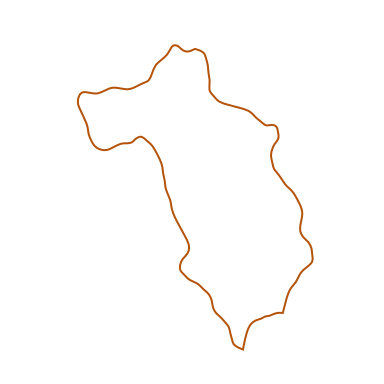 Maimón, Monseñor Nouel, Dominican Republic, rotated 15°
{"feature_id": "3306468B25789433891427", "entity_name": "Maimón", "entity_type": "district", "adm_level": 2, "iso_a3": "DOM", "parent_name": "Dominican Republic", "parent_adm1": "Monseñor Nouel", "projection": "robinson", "projection_center": [-70.282, 18.886], "detail": "fine", "context": "isolated", "style": "outline", "palette": "amber", "viewbox_px": 384, "rotation_deg": 15, "n_neighbors": 0, "source": "geoboundaries", "source_scale": "gbopen_adm2", "svg_char_len": 2893}
<svg xmlns="http://www.w3.org/2000/svg" viewBox="0 0 384 384"><g transform="rotate(15 192 192)"><path d="M72.6,153.5L74.3,156.3L77.1,162.6L79.4,166.1L82.2,169.3L84.2,171.3L86.4,172.9L89.0,174.1L91.8,174.6L94.6,174.6L96.0,174.4L98.7,173.5L99.9,172.9L102.1,171.2L107.2,166.6L110.4,164.1L112.8,162.9L117.7,161.4L119.9,160.4L120.8,159.7L121.6,158.9L123.4,155.9L124.8,154.1L126.5,152.6L127.5,152.1L128.7,151.8L129.8,151.9L131.9,152.5L139.9,156.5L142.3,158.2L145.6,161.3L149.8,165.8L152.8,169.3L155.4,172.9L156.9,175.5L159.1,181.0L162.8,188.4L164.4,192.5L165.6,195.1L167.1,197.5L172.2,204.3L173.7,206.6L176.7,213.2L179.1,217.1L181.9,220.7L185.0,224.2L198.9,238.9L200.8,241.3L202.5,243.7L203.6,246.5L204.0,249.4L203.6,252.3L202.6,254.7L200.3,259.3L199.6,262.1L199.4,264.9L199.5,266.3L200.1,269.0L200.8,270.2L201.6,271.2L202.6,272.0L210.1,276.5L212.6,277.5L219.5,278.8L222.2,279.6L224.5,280.8L229.1,283.4L232.7,285.2L235.0,286.7L236.9,288.6L238.5,290.8L239.2,291.9L241.6,297.0L243.0,299.3L244.8,301.2L246.9,302.9L251.7,305.4L253.9,306.7L260.3,311.0L262.2,312.6L263.6,314.7L265.4,318.2L269.9,326.0L271.4,328.0L272.5,328.7L274.8,329.7L277.3,330.3L282.0,331.0L281.4,321.8L281.3,314.8L281.6,309.8L282.3,306.6L282.8,305.0L284.4,302.2L286.5,299.8L291.7,296.3L294.9,293.3L298.9,291.5L302.4,288.8L304.5,287.4L306.9,286.3L311.0,285.3L310.9,269.3L311.3,264.6L311.8,261.6L312.6,258.8L315.4,252.6L316.2,249.7L317.4,243.9L318.4,241.1L319.8,238.4L324.0,232.6L325.4,230.2L325.9,228.9L326.1,227.6L325.8,225.1L322.5,216.6L321.8,215.3L320.2,213.0L317.3,210.3L311.6,207.1L310.5,206.3L308.6,204.5L307.1,202.3L306.4,201.0L305.6,198.2L305.2,195.2L304.7,187.6L304.2,184.6L303.7,183.1L302.5,180.4L299.9,176.7L294.8,171.0L290.5,166.8L286.9,164.3L282.0,161.8L279.6,160.1L271.6,153.2L266.3,149.4L265.3,148.5L263.8,146.4L260.1,139.3L259.0,136.8L258.7,135.3L258.3,132.3L258.6,127.8L259.2,124.9L261.0,120.3L261.5,117.9L261.4,116.7L260.7,114.3L258.2,109.0L257.5,108.0L256.6,107.2L255.5,106.6L254.4,106.3L252.1,106.4L247.3,108.3L246.3,108.4L244.2,108.0L235.0,103.8L229.3,100.4L226.7,99.4L225.3,99.0L222.3,98.6L219.3,98.4L204.0,98.4L199.4,98.3L195.0,97.6L193.6,97.1L191.3,95.9L185.0,91.7L183.2,90.0L182.5,88.9L181.7,86.3L180.1,79.5L176.8,71.9L174.8,66.3L172.9,62.5L170.3,58.2L168.9,56.1L168.0,55.2L166.9,54.5L164.5,53.6L162.0,53.2L157.9,53.0L153.8,56.3L151.6,57.4L150.3,57.7L149.0,57.8L146.5,57.5L140.5,54.6L138.3,54.5L137.2,54.8L136.1,55.4L135.3,56.3L134.8,57.3L133.1,63.5L132.1,66.2L130.6,68.8L126.3,75.1L124.7,77.7L124.1,79.2L123.1,83.6L122.2,92.2L121.4,94.8L120.8,95.9L120.0,96.9L116.0,100.0L108.3,106.7L105.8,108.3L103.1,109.5L100.4,110.0L92.0,110.9L89.3,111.5L87.9,112.0L85.4,113.4L78.5,119.1L76.1,120.7L74.8,121.4L73.5,121.8L70.8,122.3L63.1,123.1L60.8,123.9L59.7,124.8L58.9,125.9L58.4,127.1L57.9,129.9L58.0,132.7L58.8,135.6L59.4,137.0L61.1,139.5L68.1,147.8L72.6,153.5Z" fill="none" stroke="#b45309" stroke-width="2"/></g></svg>